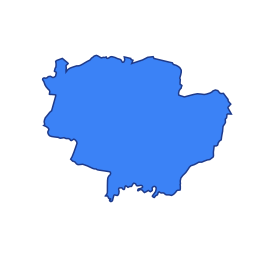 Cu Kuin, Đắk Lắk, Vietnam, rotated 16°
{"feature_id": "81297802B8003578408571", "entity_name": "Cu Kuin", "entity_type": "district", "adm_level": 2, "iso_a3": "VNM", "parent_name": "Vietnam", "parent_adm1": "Đắk Lắk", "projection": "orthographic", "projection_center": [108.173, 12.577], "detail": "fine", "context": "isolated", "style": "filled", "palette": "blue", "viewbox_px": 256, "rotation_deg": 16, "n_neighbors": 0, "source": "geoboundaries", "source_scale": "gbopen_adm2", "svg_char_len": 4678}
<svg xmlns="http://www.w3.org/2000/svg" viewBox="0 0 256 256"><g transform="rotate(16 128 128)"><path d="M46.4,148.8L49.1,149.2L51.2,150.0L52.2,150.9L52.3,151.8L52.0,153.6L52.3,154.8L53.5,156.3L55.0,157.1L56.9,157.2L60.0,156.8L63.7,156.2L64.7,156.5L66.0,156.4L69.2,154.9L70.9,155.2L72.0,155.1L73.4,154.6L75.1,154.7L76.2,155.7L77.0,155.7L77.9,154.8L78.9,153.7L79.7,153.7L80.9,154.2L82.5,155.4L83.2,156.8L83.0,161.0L82.7,166.1L82.2,171.1L81.5,173.8L83.9,175.1L84.9,175.1L85.9,175.2L86.7,175.5L88.1,176.5L89.1,176.9L90.0,177.0L91.0,176.7L92.3,176.2L94.5,175.3L97.4,175.5L99.3,175.6L101.1,175.9L104.9,176.5L106.2,176.6L107.4,176.5L108.4,176.2L110.0,176.6L111.3,176.5L112.3,176.4L116.7,175.8L122.4,175.1L123.3,175.4L123.5,175.9L123.9,176.7L123.7,178.0L123.0,179.0L122.5,180.7L122.4,181.7L122.8,184.1L124.0,188.7L125.7,194.7L126.0,196.1L125.9,197.3L125.0,199.5L125.6,199.5L126.6,199.0L127.3,199.1L128.4,200.5L128.9,200.9L130.6,200.9L131.0,201.1L130.8,201.7L130.4,201.7L130.1,201.9L130.1,202.4L130.5,203.1L131.8,203.5L132.5,203.0L133.0,202.3L133.1,201.6L133.0,200.0L133.0,196.7L133.2,196.3L133.5,196.0L135.9,195.9L136.5,195.7L136.8,195.3L137.1,194.3L137.2,193.4L137.1,192.7L136.9,191.4L135.8,189.4L135.8,188.6L136.3,188.0L138.0,187.3L138.9,187.4L139.8,188.1L141.0,188.3L141.4,187.8L141.4,187.1L141.4,186.1L141.3,185.0L141.6,184.4L142.3,184.3L143.4,184.6L144.0,185.0L144.4,185.0L145.8,183.7L146.6,183.5L147.3,183.3L147.6,182.8L147.7,182.2L148.3,180.1L148.7,179.5L149.4,179.4L150.4,179.5L150.8,179.7L152.1,181.0L153.1,181.0L153.6,180.8L156.3,179.5L157.4,179.6L157.8,179.9L158.2,180.4L158.3,181.2L157.1,182.4L155.0,183.6L154.6,184.0L154.5,185.2L154.6,185.5L155.3,185.4L156.3,184.1L157.2,183.7L158.8,183.8L160.4,184.9L161.6,185.5L162.9,184.4L164.4,182.7L165.0,182.4L165.9,182.8L167.1,183.1L168.0,182.2L168.5,181.3L168.5,180.8L168.1,179.9L167.7,178.9L168.0,178.1L169.0,177.0L169.8,176.8L170.7,177.0L171.5,177.7L171.9,179.0L172.0,180.4L172.0,181.5L170.9,184.6L170.2,186.3L170.3,187.0L171.2,187.4L172.0,187.6L172.5,187.5L172.7,187.0L173.1,185.8L173.9,184.8L174.7,184.2L174.8,183.3L174.8,181.9L175.2,181.1L175.8,180.8L176.6,181.2L177.8,181.3L179.5,180.7L180.5,180.7L182.4,181.6L183.6,181.6L186.2,180.9L188.4,180.8L189.2,180.1L190.2,179.0L191.5,176.7L192.0,175.0L193.0,174.1L194.1,173.7L195.1,173.3L195.1,172.2L194.4,169.7L193.6,167.8L193.8,167.3L192.8,164.5L192.7,162.8L192.6,161.5L193.7,158.6L195.8,154.9L197.0,151.4L197.6,149.5L197.8,148.7L198.9,146.9L201.6,145.1L203.8,143.1L205.4,141.4L206.8,140.9L208.3,140.5L210.4,138.8L213.1,136.8L215.3,135.8L216.2,134.6L217.8,132.5L217.9,131.7L217.8,131.0L216.7,127.6L215.8,121.6L217.9,120.8L218.6,120.1L218.9,119.5L218.8,117.5L219.5,115.2L220.7,114.0L220.8,113.1L220.5,111.5L220.2,109.1L219.8,104.8L219.7,104.5L219.2,101.9L218.9,100.2L219.9,97.0L220.1,95.6L219.2,93.2L219.2,92.3L219.9,91.2L219.9,90.6L219.4,87.8L219.8,87.1L220.8,86.8L223.5,86.1L218.5,81.1L218.4,80.5L220.2,76.7L217.7,75.1L216.8,74.3L216.2,72.9L213.2,70.7L210.2,68.4L207.8,69.3L206.4,69.0L204.0,67.3L201.5,67.4L199.5,68.9L198.5,70.5L197.1,71.8L193.9,73.9L192.0,74.8L188.7,75.3L185.2,76.0L181.6,77.8L175.9,81.2L174.3,82.2L173.6,82.6L169.2,82.5L167.7,82.3L167.0,80.6L166.9,79.1L166.9,77.9L167.6,75.9L168.1,75.1L168.0,74.0L168.1,72.8L168.1,72.3L167.6,72.0L166.2,71.8L165.6,70.4L164.9,67.0L164.0,65.8L164.0,62.4L163.8,59.7L163.2,57.7L162.0,56.5L161.1,55.7L159.6,55.1L157.3,54.5L154.1,54.4L152.6,53.1L149.6,53.3L133.8,54.0L132.5,52.5L127.5,54.6L123.2,58.6L113.8,65.0L114.1,61.5L112.1,61.4L111.5,60.4L104.8,60.7L106.1,63.4L106.0,64.7L105.8,65.6L105.0,66.3L104.4,66.3L102.5,64.5L101.5,64.2L100.1,64.2L98.9,64.2L97.5,64.0L96.2,63.8L94.2,63.8L92.7,63.9L91.4,64.5L90.3,65.9L89.3,66.7L88.2,66.7L87.4,65.7L86.4,66.5L85.5,66.8L84.9,66.8L84.1,67.3L83.2,67.9L82.5,67.9L81.4,67.6L79.0,67.0L77.6,66.9L76.5,67.6L75.6,68.3L75.4,68.6L74.7,69.7L73.7,70.9L72.7,73.2L70.5,75.2L70.4,75.3L68.3,77.5L66.7,79.2L64.8,81.0L63.5,81.8L61.4,82.5L58.1,84.7L55.8,86.4L54.1,88.4L53.0,91.2L52.5,89.6L52.2,87.5L51.6,86.2L51.3,85.1L51.5,84.5L52.7,82.6L52.6,82.4L52.0,82.0L45.7,79.2L41.0,82.6L40.1,83.8L41.2,86.2L41.7,88.2L41.9,89.8L41.5,90.4L41.5,91.2L41.6,92.2L41.5,93.0L41.7,93.8L42.2,93.9L43.4,94.1L44.0,94.9L43.9,95.9L44.1,97.9L43.7,98.7L42.7,99.8L41.7,100.2L40.6,100.0L39.2,99.7L38.2,100.1L37.2,100.6L36.3,102.1L34.9,102.9L33.8,102.9L33.0,103.3L32.5,104.0L32.6,105.1L34.4,106.7L36.3,109.4L38.0,111.0L40.4,112.6L42.0,113.4L42.8,114.6L43.0,116.5L43.1,117.2L43.6,117.3L44.9,116.9L48.5,116.2L49.4,116.2L49.7,117.3L49.8,130.1L49.8,132.5L48.9,133.7L48.2,135.1L47.8,136.1L47.0,138.0L45.7,140.9L45.5,143.2L45.7,145.2L46.8,147.2L46.8,147.9L46.6,148.6L46.4,148.8Z" fill="#3b82f6" stroke="#1e3a8a" stroke-width="1.5"/></g></svg>